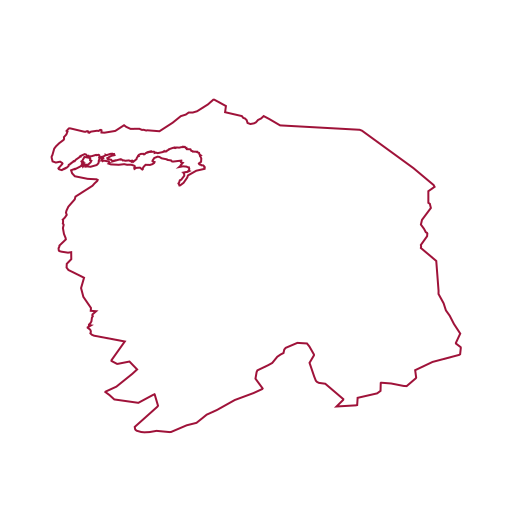 Beiarn nor, Nordland, Norway (Natural Earth projection), rotated 346°
{"feature_id": "86288312B82396448317791", "entity_name": "Beiarn nor", "entity_type": "district", "adm_level": 2, "iso_a3": "NOR", "parent_name": "Norway", "parent_adm1": "Nordland", "projection": "natural_earth1", "projection_center": [14.512, 66.892], "detail": "fine", "context": "isolated", "style": "outline", "palette": "rose", "viewbox_px": 512, "rotation_deg": 346, "n_neighbors": 0, "source": "geoboundaries", "source_scale": "gbopen_adm2", "svg_char_len": 6039}
<svg xmlns="http://www.w3.org/2000/svg" viewBox="0 0 512 512"><g transform="rotate(346 256 256)"><path d="M446.0,232.1L445.5,230.1L430.0,208.8L389.2,160.1L387.1,158.6L311.0,135.1L302.0,126.3L297.3,122.1L294.2,123.8L290.9,124.5L288.3,126.3L286.2,126.8L282.5,126.6L280.0,124.9L279.8,121.9L278.5,119.8L277.1,119.0L276.1,116.8L260.8,109.0L263.1,103.2L253.3,94.2L252.4,94.0L246.0,97.3L233.8,101.3L229.4,101.5L225.4,100.5L222.1,101.8L216.9,102.1L207.4,106.5L192.5,111.6L180.9,107.7L179.8,107.7L177.6,106.4L175.8,106.0L173.5,104.3L165.0,102.3L161.3,99.3L159.6,97.2L149.7,100.6L138.8,99.7L135.9,98.8L136.5,96.6L136.0,96.1L135.1,96.0L133.6,96.6L132.0,96.0L125.9,95.4L124.0,96.1L123.2,95.6L123.4,94.6L122.4,94.0L120.5,94.2L119.5,93.9L106.8,87.3L105.5,86.9L104.7,87.3L102.5,88.8L103.2,89.6L101.4,92.2L98.4,94.2L98.1,96.0L97.4,96.8L92.4,98.9L88.6,101.1L86.2,103.0L82.8,108.9L81.8,110.0L81.5,111.1L81.5,115.0L84.4,116.9L88.8,117.1L90.5,118.9L90.6,119.5L90.1,120.0L85.5,123.1L85.7,124.0L86.3,124.5L88.4,125.7L90.2,125.0L90.9,124.9L90.9,125.2L92.5,124.9L92.6,124.5L94.0,124.4L95.9,123.3L96.4,122.2L97.5,122.1L98.5,121.3L99.2,121.4L100.4,120.6L102.3,120.2L102.3,119.9L103.0,120.1L104.4,119.0L108.7,117.4L108.9,117.1L109.9,117.1L109.9,116.5L114.4,115.7L115.7,116.5L116.4,118.2L117.6,118.2L117.6,118.8L120.4,119.4L125.3,119.2L125.6,119.6L127.7,119.7L128.3,120.3L128.3,121.3L127.8,122.2L128.8,122.5L132.0,122.5L134.7,121.8L134.7,121.5L135.4,122.0L139.6,121.7L141.4,122.0L142.1,122.6L143.0,122.7L143.1,123.9L140.0,123.8L136.9,124.6L136.5,125.3L135.5,125.0L135.3,125.7L135.7,126.2L138.8,127.6L139.4,129.2L140.8,129.2L140.4,129.5L147.7,129.3L147.8,129.7L148.8,129.7L149.9,131.1L150.6,131.1L152.3,132.0L155.8,132.5L156.9,133.4L159.0,133.5L159.5,134.0L159.0,134.5L159.7,134.5L159.7,134.9L163.5,133.1L164.0,132.1L165.5,130.7L166.2,130.7L166.0,130.1L166.9,129.5L169.0,129.1L171.4,129.6L171.8,130.3L172.5,130.3L173.9,129.5L175.9,129.4L175.9,129.0L178.7,129.0L178.4,129.4L182.2,130.1L182.8,130.8L182.6,131.5L184.0,131.5L185.4,132.4L190.6,132.6L192.0,132.1L192.0,132.5L194.1,132.5L194.1,132.8L194.5,132.8L195.1,132.2L197.0,131.8L197.2,131.4L201.4,131.0L203.1,131.0L203.1,131.4L204.2,131.4L204.2,131.7L205.6,131.6L207.7,132.3L209.8,132.3L212.6,132.9L212.5,132.6L213.4,132.9L214.0,134.3L214.7,134.3L214.7,135.6L218.2,136.6L218.7,138.4L219.8,138.9L219.9,139.4L224.1,140.6L224.0,141.0L225.7,142.2L225.7,143.6L226.6,144.8L225.9,144.8L225.8,145.4L226.1,145.7L226.5,148.2L225.5,151.3L222.2,152.7L222.9,152.7L223.4,153.6L224.8,154.3L225.0,154.8L226.6,155.2L227.3,156.2L227.3,157.5L227.7,157.6L227.2,159.0L218.7,158.8L209.4,161.4L208.3,163.2L203.4,167.5L199.5,169.1L197.9,169.0L198.8,168.8L198.3,166.8L199.0,166.4L200.4,164.1L201.9,163.9L205.8,160.8L206.2,158.9L205.9,158.4L206.5,157.9L206.1,157.5L208.7,157.6L209.3,157.9L211.9,157.4L211.2,156.8L211.9,156.3L212.4,155.1L212.2,154.2L212.3,153.8L211.1,153.3L210.3,152.5L206.8,151.3L203.0,151.1L204.2,150.5L205.0,149.6L207.5,147.9L205.9,146.9L205.7,146.0L206.1,145.7L205.9,145.6L206.1,145.3L198.2,144.3L197.1,143.7L196.7,142.7L193.2,141.3L193.0,140.7L188.1,138.4L186.2,136.5L184.6,135.8L181.0,136.3L178.8,138.3L178.5,138.9L178.9,139.4L180.3,140.3L179.7,141.1L177.8,141.8L175.2,142.0L170.9,140.8L168.5,142.3L167.3,143.6L167.1,144.4L166.6,144.6L164.8,142.2L161.0,141.5L159.2,142.1L159.1,141.1L159.9,140.3L160.1,139.5L159.4,138.7L156.9,137.2L153.0,136.3L150.3,135.0L144.9,134.3L137.3,132.0L135.3,130.7L136.6,129.9L136.0,128.8L132.8,127.2L131.2,126.6L130.4,126.8L130.4,126.4L129.0,126.0L129.9,124.8L131.5,124.1L131.3,123.7L130.4,123.7L130.6,123.2L127.7,123.2L127.6,123.9L126.3,125.8L126.4,126.4L125.4,128.0L123.4,129.2L117.0,129.4L114.1,128.3L112.5,128.1L113.2,127.1L112.2,126.4L110.1,127.3L110.2,127.0L109.7,126.8L110.1,126.0L111.5,125.6L114.5,126.8L115.9,126.4L118.2,125.1L119.3,123.8L118.2,122.9L118.6,121.9L118.4,121.5L118.7,121.1L118.5,120.6L113.5,118.4L110.5,121.6L108.7,122.3L110.8,122.2L110.3,122.4L111.1,123.0L110.4,123.7L110.8,123.9L110.1,124.1L110.3,124.3L109.7,124.8L111.0,124.8L111.7,125.4L110.1,125.9L109.3,125.6L107.8,126.5L101.4,128.0L101.3,127.6L97.3,128.1L97.6,131.3L99.5,134.8L111.3,140.4L119.8,143.0L120.8,143.9L120.1,144.8L116.9,146.5L114.3,148.3L95.2,154.7L93.8,157.2L85.9,162.7L83.1,166.1L82.1,168.0L82.3,170.3L79.8,172.5L77.3,174.0L77.5,174.4L77.0,176.5L76.4,177.8L76.9,178.8L76.9,179.3L75.4,182.2L75.0,188.1L75.6,192.4L75.5,193.9L67.8,198.3L67.5,199.3L66.3,200.7L66.0,202.7L66.3,203.6L68.2,204.7L74.4,207.3L77.6,207.6L76.0,214.4L70.5,217.8L69.4,221.4L70.6,224.2L83.9,235.5L78.5,244.8L78.6,253.9L83.3,266.5L82.4,269.2L87.5,270.9L83.2,273.1L82.8,274.1L83.1,274.9L81.9,276.1L80.5,279.6L79.3,280.9L77.3,282.2L77.2,282.6L79.1,283.4L75.4,284.5L75.3,284.9L77.2,287.2L77.5,288.3L77.4,289.7L76.6,291.0L77.7,292.7L79.5,294.1L108.0,307.2L90.5,322.2L90.4,322.9L95.0,327.0L95.6,327.2L107.7,327.8L113.2,337.3L107.5,340.4L88.9,349.0L77.2,351.2L76.9,351.5L80.2,355.5L83.8,360.9L106.3,370.0L122.0,366.0L124.1,365.6L124.2,365.9L124.7,377.6L123.8,378.4L97.0,392.5L96.8,394.7L97.1,395.6L98.0,396.7L102.0,399.0L105.1,400.1L110.2,401.1L117.2,401.6L129.4,405.9L131.0,406.2L147.8,403.5L157.9,403.5L169.8,398.0L180.7,396.0L200.6,390.6L220.4,388.4L229.9,386.6L230.4,386.1L225.8,374.9L228.5,368.8L229.7,367.3L241.4,364.9L245.9,363.7L252.3,358.9L256.1,357.5L259.2,356.8L260.8,353.6L262.6,352.3L275.1,350.3L284.3,353.2L285.9,356.7L288.4,365.6L288.2,366.4L282.1,372.6L283.3,387.0L283.9,391.5L284.7,392.9L286.3,394.3L292.3,396.7L306.1,416.0L305.8,416.7L297.7,421.5L316.9,425.1L318.1,425.1L320.3,418.2L340.3,418.6L344.2,417.0L346.3,409.4L346.7,409.2L356.3,412.4L367.8,417.8L370.7,418.7L381.5,413.3L382.0,412.7L382.8,405.3L401.7,401.5L429.2,401.1L430.3,400.7L432.5,394.7L432.5,393.9L428.8,389.3L428.9,388.7L435.4,380.7L431.6,369.8L429.5,360.8L427.1,354.7L426.6,347.3L423.9,337.0L424.7,334.0L429.7,304.4L417.9,288.1L418.5,286.8L418.6,285.2L426.8,278.2L427.7,275.6L427.5,274.9L426.5,274.0L425.6,270.3L423.6,265.4L425.8,261.1L437.3,251.7L437.3,247.4L436.1,246.1L438.9,234.8L446.0,232.1Z" fill="none" stroke="#9f1239" stroke-width="2"/></g></svg>